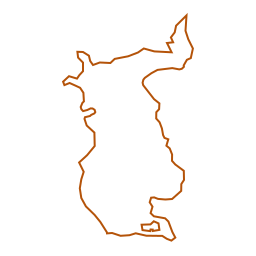 the district of Bekabad, Tashkent, Uzbekistan
{"feature_id": "79887680B93724335665185", "entity_name": "Bekabad", "entity_type": "district", "adm_level": 2, "iso_a3": "UZB", "parent_name": "Uzbekistan", "parent_adm1": "Tashkent", "projection": "robinson", "projection_center": [69.201, 40.442], "detail": "fine", "context": "isolated", "style": "outline", "palette": "amber", "viewbox_px": 256, "rotation_deg": 0, "n_neighbors": 0, "source": "geoboundaries", "source_scale": "gbopen_adm2", "svg_char_len": 1583}
<svg xmlns="http://www.w3.org/2000/svg" viewBox="0 0 256 256"><path d="M107.0,233.4L112.1,233.0L120.6,235.8L129.5,235.2L135.7,233.3L146.3,235.7L162.3,235.9L166.8,238.8L171.4,240.6L175.3,237.6L172.4,232.1L168.4,221.5L165.1,218.3L153.9,216.3L150.6,213.1L152.5,206.7L149.7,202.3L151.1,197.7L154.2,197.4L158.0,198.9L165.4,199.5L172.1,199.0L181.2,190.9L181.3,184.1L184.0,179.9L183.8,170.8L175.3,164.5L172.0,160.8L172.1,154.5L169.7,148.4L166.4,145.7L168.3,139.3L164.5,137.9L163.1,135.1L161.9,128.4L159.6,122.3L156.2,118.5L156.3,112.2L159.1,109.2L159.4,103.4L154.0,99.1L143.2,85.2L142.6,82.7L143.4,79.6L144.9,77.8L151.4,73.2L157.5,69.9L172.3,68.1L179.3,69.4L181.8,68.8L183.9,66.8L183.7,65.4L186.9,59.8L190.8,58.1L192.9,48.5L188.3,39.3L185.5,30.8L186.5,15.4L176.1,25.7L174.7,32.4L170.9,37.4L173.1,42.3L167.0,43.0L171.6,52.3L154.3,51.4L143.8,48.5L138.0,52.5L128.1,56.3L114.7,58.9L110.4,63.0L99.8,62.5L93.0,65.0L90.2,61.0L88.9,55.7L83.0,52.0L77.4,51.8L78.1,57.6L83.0,62.6L83.0,71.2L79.3,75.2L77.0,78.6L69.0,76.2L63.1,81.7L64.4,85.1L69.6,83.0L75.6,85.7L80.1,87.8L83.4,92.8L83.9,101.4L82.4,102.9L80.7,107.0L81.4,109.3L83.1,111.1L86.5,110.2L87.3,110.0L90.6,108.4L92.6,108.5L94.6,109.8L95.3,112.1L94.4,113.4L91.2,114.9L90.0,116.0L85.0,117.2L84.5,118.9L86.7,125.5L94.4,132.6L94.7,146.0L87.1,155.2L79.1,162.5L83.7,171.8L81.3,179.3L79.8,188.3L81.3,198.0L85.9,206.4L94.6,214.9L100.3,221.9L106.9,232.3L107.0,233.4ZM158.5,223.4L159.4,229.9L152.7,231.0L152.7,229.6L150.5,229.5L150.1,231.1L142.5,230.1L141.6,224.7L150.5,224.4L153.8,221.3L158.5,223.4Z" fill="none" stroke="#b45309" stroke-width="2"/></svg>